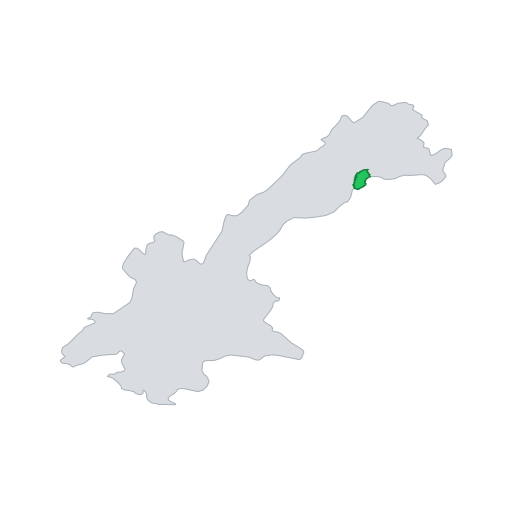 location of Lakhonepheng, Saravan, Laos, rotated 262°
{"feature_id": "54806243B33951699195054", "entity_name": "Lakhonepheng", "entity_type": "district", "adm_level": 2, "iso_a3": "LAO", "parent_name": "Laos", "parent_adm1": "Saravan", "projection": "equal_earth", "projection_center": [105.622, 15.821], "detail": "fine", "context": "in_parent", "style": "filled", "palette": "green", "viewbox_px": 512, "rotation_deg": 262, "n_neighbors": 0, "source": "geoboundaries", "source_scale": "gbopen_adm2", "svg_char_len": 7157}
<svg xmlns="http://www.w3.org/2000/svg" viewBox="0 0 512 512"><g transform="rotate(262 256 256)"><path d="M193.1,53.2L195.1,57.8L204.3,70.1L205.9,73.4L209.2,76.0L212.0,86.9L213.2,87.6L214.8,86.9L215.9,85.3L216.9,81.1L217.6,80.6L218.6,84.1L221.2,85.2L222.3,86.7L222.6,89.3L222.2,92.1L220.0,98.3L218.7,106.7L227.6,124.7L231.4,127.2L240.5,130.1L246.7,134.1L249.5,133.1L252.3,128.7L255.6,126.2L261.7,122.3L263.5,122.1L266.8,123.6L272.4,128.1L280.7,136.5L280.4,138.8L278.9,140.9L274.4,144.3L273.0,146.4L273.8,147.2L277.6,147.8L282.0,149.7L283.3,151.9L284.0,156.9L284.8,157.8L288.9,157.3L290.2,158.0L291.7,159.6L293.1,163.7L293.1,166.9L289.0,172.4L288.5,175.7L286.4,179.6L280.8,186.2L279.3,186.6L269.0,183.0L260.7,183.5L260.1,184.9L261.4,188.8L261.8,192.8L260.5,195.8L255.8,199.7L255.6,201.4L256.6,203.2L263.4,206.7L285.3,225.7L295.3,229.4L299.7,231.8L300.9,233.1L300.8,234.8L299.7,236.9L298.7,240.6L298.7,242.9L299.7,245.1L301.5,248.3L307.6,255.5L312.1,257.3L316.8,265.6L318.2,272.8L320.6,277.5L332.0,293.2L341.6,302.9L347.3,313.4L350.0,315.7L350.9,319.5L351.6,330.6L355.0,336.1L355.7,338.3L357.1,339.9L358.7,340.2L362.1,336.6L362.7,337.2L364.3,343.0L365.7,345.1L370.7,348.7L376.1,355.7L379.0,358.3L382.6,360.3L383.1,362.5L382.5,364.7L381.4,366.2L375.1,370.3L374.3,372.0L378.4,381.0L388.9,392.2L392.1,398.8L391.4,402.1L388.6,408.6L386.4,410.3L385.9,412.4L387.5,417.7L387.3,425.8L385.3,427.8L383.5,432.8L382.3,433.2L379.1,431.4L372.4,440.0L369.5,439.6L366.1,444.4L361.8,445.0L358.8,441.4L352.4,435.7L350.2,432.1L348.2,435.2L344.8,438.1L340.1,437.1L338.8,441.4L337.9,442.2L332.2,442.9L331.1,443.6L332.0,447.6L335.4,454.2L336.4,458.1L334.3,464.4L328.4,464.2L325.7,461.6L322.4,456.3L314.8,452.8L309.7,455.2L308.1,455.1L304.3,450.6L302.9,447.7L302.0,443.5L307.8,440.0L310.8,437.3L312.7,434.4L313.5,431.5L314.4,419.1L315.3,414.7L314.8,409.3L313.3,405.1L313.3,398.8L314.1,393.7L316.3,391.1L317.8,387.4L318.8,379.2L318.1,377.1L315.9,375.0L312.2,373.1L309.9,370.7L309.0,367.8L309.1,365.2L310.2,363.0L307.5,360.5L300.8,357.8L297.1,354.5L296.4,350.7L293.6,345.7L288.9,339.6L286.4,330.7L286.2,319.1L286.7,309.7L288.8,298.8L286.1,291.0L283.0,286.8L278.8,283.8L274.8,279.4L271.0,273.7L266.4,265.3L261.1,254.2L257.5,249.2L255.7,250.4L251.9,249.4L246.0,246.2L240.9,244.4L236.5,244.2L233.6,244.9L232.3,246.6L232.2,248.3L233.3,249.9L232.7,251.2L230.4,252.1L228.5,254.0L226.4,258.0L225.0,263.4L222.8,265.4L219.4,265.9L216.1,267.4L212.8,270.0L211.3,272.0L211.5,273.3L210.8,273.6L209.2,272.9L208.4,271.1L208.5,268.3L206.9,266.5L203.5,265.5L199.6,262.5L192.3,254.8L190.6,254.5L188.2,256.5L185.0,260.8L182.4,262.5L180.3,261.6L178.7,263.1L177.6,267.1L175.5,270.1L165.5,278.5L156.5,289.2L154.3,290.1L148.9,287.1L147.2,285.0L154.8,263.1L155.9,257.8L155.8,250.8L152.7,245.0L152.6,243.3L153.1,241.5L156.9,234.7L161.5,217.3L161.3,211.9L159.4,205.9L158.4,200.3L159.3,192.6L159.0,189.6L157.0,188.1L150.2,186.6L146.3,187.8L144.4,189.9L142.1,191.2L137.9,192.0L133.8,189.4L130.5,184.9L129.8,179.5L134.1,167.9L135.2,163.5L135.1,161.3L134.4,159.1L133.4,158.9L131.3,156.1L129.2,151.3L127.3,149.1L125.4,149.5L123.6,151.3L120.8,155.9L119.9,155.3L122.6,139.3L125.0,132.5L127.8,129.3L130.7,128.0L133.8,128.5L136.4,127.9L138.5,126.2L138.3,125.3L135.9,125.1L134.9,123.2L135.5,119.8L136.6,117.6L138.3,116.6L139.9,113.2L141.6,107.4L143.5,104.4L145.8,104.4L149.7,101.8L155.2,96.9L157.4,92.2L159.4,94.4L158.6,99.9L159.7,101.0L160.2,103.0L159.9,106.1L160.3,108.7L161.1,110.0L162.3,110.6L168.1,108.4L171.7,108.2L177.5,112.2L180.9,109.2L181.0,108.1L178.2,104.3L179.2,90.3L178.9,79.7L174.2,71.9L173.3,68.7L172.8,63.6L171.5,59.2L175.0,55.7L176.9,49.2L179.3,47.6L180.1,47.9L182.9,52.8L186.7,50.3L189.5,50.3L191.9,51.6L193.1,53.2Z" fill="#d9dde1" stroke="#a8b0b8" stroke-width="1"/><path d="M326.0,378.7L326.1,378.4L326.1,378.1L325.8,377.8L325.8,377.6L325.9,377.4L326.1,377.2L326.2,376.8L326.1,376.3L326.1,375.7L326.2,375.3L326.2,375.0L326.3,374.7L326.1,374.2L325.9,373.9L325.7,373.7L325.7,373.2L325.6,372.7L325.6,372.4L325.6,372.2L325.4,371.9L325.2,371.8L325.2,371.7L325.0,371.4L324.9,371.4L324.8,371.2L324.9,370.9L324.8,370.4L324.7,370.3L324.7,370.2L324.4,370.0L324.2,370.0L324.1,369.9L323.9,369.8L324.0,369.6L324.0,369.4L324.1,369.2L324.0,368.9L324.0,368.6L324.1,368.4L323.8,368.0L323.9,367.9L323.9,367.7L323.7,367.6L323.8,367.5L323.7,367.4L323.5,367.5L323.3,367.4L323.2,367.3L323.1,367.2L322.8,367.0L322.9,366.9L322.7,366.8L322.4,366.8L322.4,366.7L322.3,366.4L322.2,366.5L322.1,366.4L322.1,366.5L321.9,366.7L321.6,366.8L321.5,366.7L321.4,366.7L321.0,366.8L320.9,366.6L320.7,366.6L320.8,366.3L320.8,366.0L320.7,365.9L320.6,366.1L320.4,366.3L320.3,366.2L320.4,365.9L320.2,366.0L320.0,365.8L319.9,365.6L320.0,365.5L319.9,365.4L319.8,365.6L319.5,365.8L319.4,365.8L319.4,365.5L319.2,365.8L319.0,365.7L319.0,365.4L318.8,365.3L318.8,365.2L318.7,365.1L318.8,364.9L318.7,364.8L318.5,365.0L318.2,365.1L318.2,364.8L318.1,364.7L317.9,364.6L318.1,364.5L318.1,364.4L318.0,364.2L317.8,364.2L317.7,364.0L317.4,364.1L317.3,364.3L317.1,364.4L316.9,364.2L316.8,364.3L316.7,364.4L316.4,364.2L316.2,363.8L315.9,363.8L315.7,363.9L315.4,364.0L315.1,363.9L315.0,363.7L315.1,363.4L314.9,363.3L314.7,363.5L314.5,363.4L314.4,363.3L314.2,363.4L313.9,363.3L313.7,363.4L313.6,363.2L313.5,362.8L313.4,362.5L313.3,362.3L313.2,362.1L312.9,362.2L312.9,362.4L312.8,362.5L312.7,362.5L312.6,362.4L312.4,362.5L312.5,362.7L312.4,362.7L312.3,362.4L312.4,362.2L312.2,362.2L312.1,362.3L312.0,362.5L311.8,362.4L311.7,362.4L311.7,362.5L311.8,362.7L311.8,362.8L311.7,363.0L311.5,362.8L311.3,362.7L311.2,362.7L311.2,362.9L311.2,363.0L311.0,362.9L310.9,362.8L310.8,363.0L310.7,363.0L310.4,363.0L310.2,363.0L309.8,362.8L309.7,362.8L309.3,363.1L309.2,363.1L309.1,363.4L309.0,363.5L308.9,363.8L308.8,364.0L308.5,364.8L308.3,364.9L308.2,365.1L308.1,365.4L308.1,365.5L308.0,366.0L307.9,366.0L307.9,366.5L307.9,366.9L307.9,367.2L308.0,367.3L308.3,367.3L308.4,367.5L308.5,367.8L308.5,368.1L308.7,368.4L308.7,368.5L308.9,368.9L308.9,369.2L309.1,369.7L309.2,369.9L309.2,370.0L309.3,370.2L309.3,370.3L309.5,370.5L309.6,370.8L309.6,371.1L309.6,371.3L309.6,371.7L309.6,371.8L309.8,372.1L310.0,372.4L310.3,372.4L310.6,372.6L310.7,372.8L310.6,373.1L310.7,373.4L310.7,373.5L310.9,373.8L311.1,374.2L311.1,374.3L311.3,374.4L311.5,374.5L311.5,374.4L311.6,374.5L311.9,374.6L312.2,374.8L312.4,374.8L312.5,374.8L312.5,374.6L312.9,374.3L313.4,373.8L313.5,373.8L313.8,373.8L314.1,374.3L314.4,374.3L314.5,374.4L314.7,374.6L314.9,374.7L315.2,374.6L315.5,374.6L315.7,375.0L315.9,375.2L316.0,375.3L316.4,375.5L316.8,375.6L317.0,375.7L317.2,375.9L317.3,376.1L317.3,376.4L317.5,377.1L317.6,377.3L317.7,377.5L317.8,377.7L318.0,377.9L318.1,378.0L318.3,378.3L318.4,378.5L318.5,378.8L318.6,379.2L318.6,379.7L318.5,380.0L318.8,380.1L319.0,380.1L319.1,379.9L319.3,379.8L319.3,379.7L319.5,379.6L319.8,379.5L320.0,379.5L320.3,379.7L320.4,379.4L320.5,379.3L320.6,379.5L320.8,379.5L321.0,379.7L321.0,379.8L321.3,379.8L321.4,379.7L321.5,379.6L321.7,379.1L321.8,378.8L322.0,378.7L322.9,378.5L323.3,378.7L323.6,378.0L323.7,377.8L323.9,377.7L324.0,377.5L324.3,377.6L324.6,377.8L325.0,378.0L325.3,378.1L325.5,378.3L325.9,378.5L326.0,378.7Z" fill="#22c55e" stroke="#15803d" stroke-width="1.5"/></g></svg>